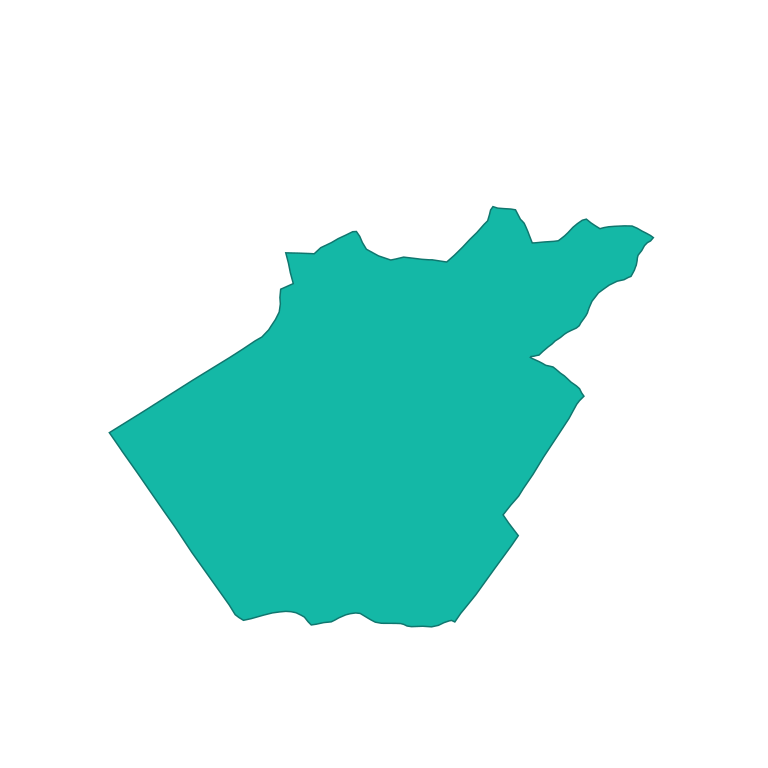 Al-Kahla, Maysan, Iraq (orthographic projection), rotated 125°
{"feature_id": "34846034B65265349522697", "entity_name": "Al-Kahla", "entity_type": "district", "adm_level": 2, "iso_a3": "IRQ", "parent_name": "Iraq", "parent_adm1": "Maysan", "projection": "orthographic", "projection_center": [47.293, 31.762], "detail": "fine", "context": "isolated", "style": "filled", "palette": "teal", "viewbox_px": 768, "rotation_deg": 125, "n_neighbors": 0, "source": "geoboundaries", "source_scale": "gbopen_adm2", "svg_char_len": 2727}
<svg xmlns="http://www.w3.org/2000/svg" viewBox="0 0 768 768"><g transform="rotate(125 384 384)"><path d="M165.9,376.2L167.9,380.4L171.2,385.8L174.7,391.7L176.2,396.5L180.3,396.5L184.9,394.7L190.9,392.7L196.0,393.6L206.8,394.8L216.2,396.6L226.8,398.1L238.2,400.2L248.1,402.6L250.6,407.6L254.6,415.7L256.4,418.3L260.2,424.6L262.4,428.8L268.8,440.7L274.8,446.0L278.6,449.6L279.9,454.1L282.2,462.0L283.7,475.7L280.5,482.9L277.0,488.5L274.9,494.1L277.2,497.0L284.1,500.8L291.2,504.9L298.4,508.2L308.6,514.0L317.4,515.9L319.0,518.5L325.7,528.9L332.9,539.7L339.9,531.5L346.6,524.5L353.8,515.9L365.6,523.0L372.8,518.9L377.9,514.8L385.2,511.1L393.4,509.9L401.6,509.7L405.8,509.5L408.3,509.9L415.6,511.0L422.3,514.2L436.2,519.6L450.6,525.5L490.0,542.6L544.7,565.4L581.4,581.1L588.7,561.4L589.1,560.5L598.0,535.7L606.7,512.3L614.6,490.9L621.0,473.2L632.3,444.5L643.2,413.8L653.8,384.0L658.3,373.6L658.4,371.2L658.5,369.0L658.2,363.6L652.5,358.3L642.3,350.0L635.5,344.1L630.6,338.8L626.6,334.1L623.8,329.5L621.8,324.8L620.9,319.1L620.6,315.5L622.3,309.8L623.1,305.4L619.7,301.8L614.0,296.5L609.1,290.8L605.5,288.8L601.5,286.9L595.0,282.9L591.5,279.9L587.8,275.9L585.6,271.9L585.3,267.6L585.0,262.9L584.7,259.2L584.1,254.6L581.5,248.9L573.5,237.3L570.7,233.0L569.6,230.0L569.0,226.3L567.0,222.3L560.2,213.3L555.6,205.7L550.5,201.0L545.1,198.0L540.6,194.7L538.9,193.0L538.3,189.5L527.9,189.6L520.0,189.0L504.0,187.9L472.6,187.5L443.1,186.9L431.2,187.0L426.4,202.1L422.9,211.4L410.6,210.7L398.7,209.4L389.7,209.9L372.6,210.1L352.3,211.4L325.9,212.1L306.1,212.7L298.3,213.6L290.1,214.5L285.6,214.3L279.3,213.2L278.0,216.9L275.7,221.1L275.2,225.2L275.2,231.8L273.9,240.8L273.9,245.9L273.3,251.8L273.1,255.3L274.5,258.9L275.9,262.2L276.2,266.0L276.7,269.8L277.7,275.2L278.1,277.2L278.3,279.4L277.2,279.4L275.3,277.2L273.0,275.2L271.4,273.6L266.3,272.6L259.4,270.8L254.9,269.3L250.6,268.5L244.6,266.1L239.8,264.8L236.6,263.5L232.9,261.5L227.8,258.5L224.3,257.5L220.8,257.9L215.8,257.8L212.2,257.8L208.8,258.2L208.1,258.5L203.5,259.8L196.9,261.1L191.1,260.8L186.4,260.6L180.4,258.6L173.9,256.3L166.1,252.0L160.9,247.2L156.4,244.9L154.2,243.4L150.4,243.8L147.1,244.2L143.9,245.1L142.0,245.5L138.0,247.3L135.5,248.7L132.9,249.7L130.3,249.6L126.8,249.4L121.3,250.0L117.1,249.3L113.9,247.7L109.6,247.3L109.5,250.8L110.0,255.4L110.7,260.2L111.2,266.0L112.3,271.4L116.6,277.8L122.6,285.6L126.4,290.2L129.7,293.5L132.9,296.2L133.2,302.0L133.3,306.9L132.9,312.8L136.1,315.5L141.8,317.6L147.3,319.1L154.5,320.1L159.0,321.0L165.6,323.0L166.8,323.5L169.8,326.8L175.9,334.4L182.2,341.8L183.4,343.5L182.2,345.3L178.8,350.4L176.6,353.6L174.0,357.8L171.9,361.4L171.1,365.0L170.9,366.6L165.9,376.2Z" fill="#14b8a6" stroke="#0f766e" stroke-width="1.5"/></g></svg>